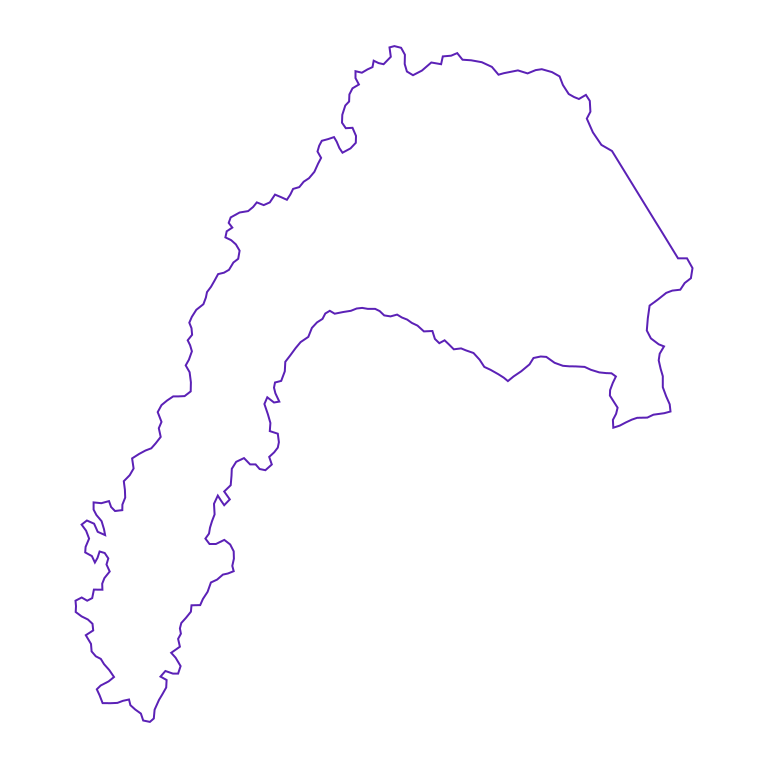 the district of Sanclerlândia, Goiás, Brazil
{"feature_id": "56859067B50041369621079", "entity_name": "Sanclerlândia", "entity_type": "district", "adm_level": 2, "iso_a3": "BRA", "parent_name": "Brazil", "parent_adm1": "Goiás", "projection": "mercator", "projection_center": [-50.414, -16.327], "detail": "fine", "context": "isolated", "style": "outline", "palette": "violet", "viewbox_px": 768, "rotation_deg": 0, "n_neighbors": 0, "source": "geoboundaries", "source_scale": "gbopen_adm2", "svg_char_len": 4469}
<svg xmlns="http://www.w3.org/2000/svg" viewBox="0 0 768 768"><path d="M664.0,346.4L658.7,344.3L650.9,338.4L646.8,330.5L647.8,318.4L649.6,305.6L657.8,299.6L666.2,292.9L672.3,290.6L680.3,289.7L684.7,283.0L690.9,278.2L692.5,268.1L687.0,258.3L678.0,258.3L661.7,231.7L654.8,220.6L612.0,151.0L601.4,144.9L592.9,132.4L586.8,118.6L590.4,111.7L589.8,100.9L585.9,94.9L578.9,99.0L574.0,97.0L568.7,94.0L562.9,85.0L559.6,76.4L552.0,72.1L541.8,69.2L535.7,70.1L527.6,73.4L517.9,70.4L503.8,73.2L498.5,74.7L491.9,66.9L481.8,62.2L471.2,60.3L462.5,59.7L457.2,53.1L451.1,55.7L442.8,56.4L441.1,64.2L431.3,62.5L421.9,70.6L413.0,75.2L406.9,71.5L404.7,64.0L404.9,54.7L401.1,47.8L394.4,46.1L389.5,47.4L390.8,56.8L383.6,64.2L378.6,63.1L373.7,60.7L372.5,67.1L367.5,69.4L361.9,72.7L355.5,71.2L355.5,78.1L358.9,84.5L352.5,88.3L349.4,94.4L349.1,101.5L345.3,105.5L342.3,114.8L342.0,122.7L345.8,128.2L352.5,127.8L356.0,135.9L355.8,142.8L350.5,148.4L342.5,152.7L339.4,148.1L336.7,141.7L334.0,137.1L328.1,139.1L321.8,140.8L319.2,145.7L317.5,151.5L321.1,157.9L318.1,163.6L314.4,171.8L309.0,178.2L303.7,181.7L299.3,187.1L293.1,188.9L290.3,194.6L286.9,199.8L281.2,197.2L275.0,194.6L269.8,202.4L263.7,205.1L256.8,202.4L253.1,207.0L248.1,211.1L239.6,212.5L230.7,217.4L228.7,222.9L232.3,227.6L226.7,231.3L225.4,237.4L231.2,240.2L235.9,244.4L239.6,250.7L238.2,258.8L233.4,262.5L229.0,269.8L224.0,272.7L218.1,274.1L214.6,280.5L211.0,286.8L207.0,292.1L205.9,297.5L203.4,304.2L196.3,309.8L191.8,316.9L189.3,322.7L191.5,328.2L192.1,334.8L187.7,340.3L190.1,345.2L191.9,351.3L188.9,359.7L185.7,365.4L189.6,372.2L190.9,382.3L190.7,391.4L184.6,396.1L178.2,396.4L173.2,396.4L167.1,400.5L161.5,405.1L157.7,412.1L161.5,421.9L158.8,428.2L160.7,436.9L155.7,443.3L151.3,448.3L145.5,450.5L139.0,454.0L132.1,458.4L133.6,468.5L129.7,475.2L123.8,481.2L124.9,489.8L125.2,497.6L122.4,504.6L122.3,510.1L115.0,511.0L111.1,507.0L109.0,501.1L101.3,503.2L93.6,502.4L93.6,509.6L96.4,515.0L101.6,521.2L104.0,529.2L105.1,535.1L97.7,531.8L94.1,523.7L86.9,520.5L81.6,524.6L86.1,530.7L89.1,538.6L85.6,546.9L85.2,552.4L91.9,556.1L94.9,562.5L97.5,557.9L99.6,551.5L104.7,553.0L108.3,558.4L106.5,564.5L109.7,571.5L104.4,578.1L102.2,583.7L102.4,589.7L93.9,589.6L92.2,598.1L87.2,600.7L81.7,597.5L75.5,600.7L76.0,606.2L75.7,612.0L81.6,616.4L87.9,619.5L92.5,623.8L93.2,630.4L85.8,635.2L91.0,643.9L91.6,651.4L95.8,656.3L100.8,658.9L104.0,664.1L109.3,670.1L114.0,677.0L108.6,681.4L100.7,685.5L96.8,689.3L99.6,695.3L102.6,703.1L110.5,703.2L117.4,702.9L123.0,700.8L129.0,699.5L130.4,705.2L135.2,709.5L140.9,713.6L143.2,720.5L149.9,721.9L153.8,718.5L154.6,709.7L159.0,699.9L162.3,694.4L166.2,687.5L166.6,680.0L160.5,676.6L165.4,671.0L172.9,673.6L178.1,673.6L180.6,666.1L175.6,657.7L171.2,652.8L179.9,646.7L178.1,638.9L180.9,633.7L179.9,628.4L181.3,623.0L186.0,617.8L190.9,611.7L191.5,605.3L200.2,605.1L202.9,599.0L207.6,591.8L210.9,582.5L217.1,579.6L222.9,574.6L227.9,573.5L233.7,571.2L232.3,565.9L233.9,558.7L233.7,551.3L230.2,544.5L224.3,539.9L215.9,544.0L209.5,544.0L205.4,538.6L209.0,533.6L210.0,527.7L212.0,521.2L214.6,514.4L214.0,503.8L217.8,495.6L221.0,500.6L224.2,505.2L229.8,499.4L224.2,491.5L230.7,485.2L231.5,475.8L231.8,468.8L236.2,461.8L244.0,458.1L250.1,464.4L255.6,464.4L259.6,469.0L265.4,470.2L271.8,464.5L269.2,456.9L274.2,452.3L277.8,447.6L278.9,442.2L277.8,433.7L269.8,431.1L270.4,423.0L267.9,414.3L264.4,404.0L267.3,397.3L274.0,402.5L279.3,401.6L275.4,393.3L274.0,387.7L275.0,382.5L281.2,380.9L284.8,371.3L285.3,361.8L290.1,355.6L295.6,348.1L300.6,342.1L308.3,336.9L311.9,327.9L317.0,322.4L322.5,318.9L325.3,313.5L329.8,310.8L334.7,313.7L343.3,312.0L350.9,310.8L356.7,308.5L362.2,307.9L368.0,308.9L375.2,308.9L379.7,311.1L384.2,315.4L390.5,316.4L397.1,314.6L401.9,317.5L407.2,319.6L411.8,322.9L417.5,325.6L423.9,331.4L432.4,331.0L434.9,338.9L439.3,343.2L444.6,340.3L448.8,344.3L453.8,349.3L461.1,348.4L466.0,350.4L473.5,353.0L479.6,359.7L484.3,366.9L490.5,369.8L498.3,374.2L503.8,377.7L507.9,381.1L513.5,376.5L521.2,371.3L529.5,364.4L533.5,358.0L540.7,356.5L546.3,356.9L554.6,362.8L562.9,365.8L569.0,366.3L575.6,366.4L584.6,366.9L590.9,369.8L599.3,372.4L606.2,373.1L611.5,373.3L615.9,376.5L612.8,382.9L610.1,390.1L609.9,395.6L613.7,401.6L617.6,407.7L616.1,413.8L612.9,419.9L613.3,427.7L619.8,425.6L625.9,422.4L631.9,419.6L637.2,417.8L647.3,417.6L653.4,414.7L664.2,413.2L670.5,411.5L669.7,404.3L666.2,396.4L662.8,387.2L662.8,376.2L660.6,368.7L658.7,360.3L659.7,353.7L664.0,346.4Z" fill="none" stroke="#5b21b6" stroke-width="2"/></svg>